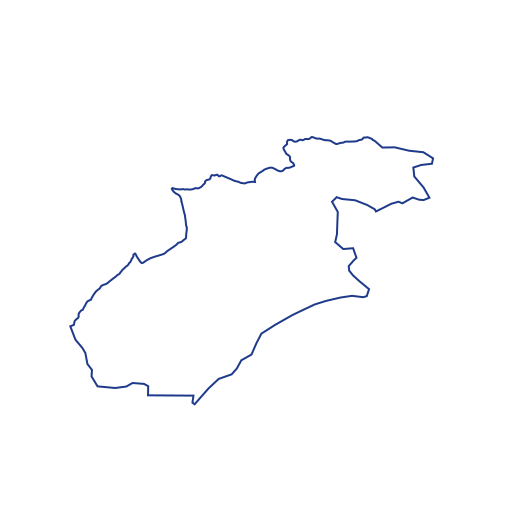 Tashir, Lori, Armenia (Robinson projection), rotated 331°
{"feature_id": "60910142B71035098533409", "entity_name": "Tashir", "entity_type": "district", "adm_level": 2, "iso_a3": "ARM", "parent_name": "Armenia", "parent_adm1": "Lori", "projection": "robinson", "projection_center": [44.248, 41.132], "detail": "fine", "context": "isolated", "style": "outline", "palette": "blue", "viewbox_px": 512, "rotation_deg": 331, "n_neighbors": 0, "source": "geoboundaries", "source_scale": "gbopen_adm2", "svg_char_len": 4402}
<svg xmlns="http://www.w3.org/2000/svg" viewBox="0 0 512 512"><g transform="rotate(331 256 256)"><path d="M415.7,213.0L415.0,211.9L414.3,210.9L414.2,210.0L414.0,209.4L413.2,208.7L412.3,207.5L411.2,206.2L410.2,205.9L408.7,205.2L407.5,204.6L405.9,205.3L404.8,205.4L404.0,205.2L402.8,204.7L401.8,204.5L400.6,204.6L399.4,204.3L397.5,203.5L393.2,201.3L390.6,199.8L389.3,199.2L387.7,199.2L386.3,198.8L385.3,198.2L383.1,197.7L381.0,197.3L379.9,196.4L379.2,195.1L378.2,193.5L377.3,191.7L376.2,190.6L375.3,189.9L374.3,189.2L373.1,188.6L372.0,187.7L371.0,186.7L369.5,185.1L368.6,184.2L367.3,183.5L366.2,182.9L365.1,181.8L364.0,180.5L363.4,179.7L363.2,179.5L362.7,179.2L362.4,179.0L362.2,178.9L361.0,179.2L359.7,179.4L358.3,179.1L356.9,178.1L355.7,177.5L354.3,177.5L352.9,177.4L352.0,176.5L351.2,175.8L350.1,175.5L348.4,175.6L347.2,175.6L345.9,175.2L344.9,174.4L344.2,173.4L343.9,172.5L343.7,172.1L342.8,171.3L341.6,170.7L340.1,170.2L339.0,170.7L338.6,171.2L338.1,171.8L337.5,173.2L335.2,173.7L333.3,174.1L332.4,174.7L332.0,175.7L332.0,176.9L332.1,179.1L332.0,181.1L332.5,182.3L333.4,183.9L333.7,185.0L333.7,186.3L332.9,187.2L332.8,187.5L332.5,188.3L332.3,189.6L332.3,189.9L332.5,190.8L333.4,192.4L333.5,193.6L333.5,195.0L333.0,195.6L332.0,195.4L330.2,195.3L328.1,195.0L326.7,194.4L325.6,193.8L324.8,193.6L323.9,193.7L322.7,193.8L321.8,194.2L320.2,194.4L318.8,194.0L318.1,193.5L317.0,192.5L316.4,191.7L315.7,190.6L314.9,189.2L314.1,188.2L313.7,187.5L313.2,187.0L312.7,186.5L311.7,185.8L311.1,185.6L308.9,185.0L305.2,184.5L303.2,184.8L298.4,185.0L297.5,185.3L295.4,186.2L292.9,187.6L291.8,188.8L291.0,190.8L288.5,189.1L286.5,188.4L284.8,187.7L283.2,187.3L281.3,187.1L280.5,186.4L278.9,185.3L277.8,184.3L276.8,182.7L275.8,181.9L273.5,179.7L272.2,177.9L271.3,176.7L266.6,170.7L265.2,168.9L264.4,168.6L262.9,168.7L262.1,168.1L261.9,167.1L261.4,166.0L260.1,165.7L258.5,165.4L257.9,164.7L256.6,163.9L255.8,164.1L254.7,164.9L253.5,166.1L252.5,166.4L250.7,166.0L249.5,165.6L248.3,165.9L247.5,166.2L247.0,167.2L246.0,167.8L244.4,168.0L243.2,168.6L241.9,168.9L240.4,169.0L239.0,169.0L237.9,168.7L236.8,167.8L235.5,167.1L234.0,167.1L232.1,166.6L230.0,165.7L228.5,164.5L225.9,163.3L224.5,162.0L223.3,161.6L221.7,160.9L218.3,158.5L217.1,157.3L215.9,156.1L214.9,156.5L214.9,157.7L215.0,158.4L215.2,159.9L216.1,162.3L217.3,164.0L218.3,166.0L218.4,168.1L218.1,170.0L217.3,172.2L217.2,172.2L217.2,172.4L216.4,175.5L215.1,179.9L214.1,183.6L213.5,186.3L212.6,188.1L212.1,189.8L209.6,195.6L209.5,197.1L207.9,199.9L205.3,203.4L204.1,205.5L203.1,206.6L201.4,206.8L199.7,207.1L198.0,207.5L197.0,207.4L195.3,207.0L194.4,206.8L193.8,206.9L192.1,207.5L190.1,207.8L187.6,208.1L186.2,208.2L184.7,208.3L182.1,208.6L180.5,208.7L178.9,209.1L177.0,209.5L175.3,209.3L170.6,208.3L167.1,207.5L163.4,206.9L163.0,206.8L160.6,206.7L157.1,206.8L156.6,206.9L154.1,207.2L152.6,206.8L152.1,205.4L151.8,203.4L151.8,202.7L151.5,199.3L151.6,195.7L151.3,195.1L149.3,195.5L148.5,197.0L147.5,197.6L145.8,198.3L144.8,199.3L143.1,200.4L141.3,200.8L140.1,201.7L139.0,202.0L136.7,202.3L135.0,202.8L132.0,203.5L130.6,204.3L129.6,204.5L128.1,205.4L125.2,205.5L124.1,205.9L122.6,206.1L120.3,206.4L117.4,206.9L116.0,207.1L113.1,207.7L111.3,207.8L108.0,207.2L106.1,207.2L104.4,208.1L103.5,208.7L102.0,208.8L99.2,209.3L95.4,211.0L92.2,212.9L90.4,214.2L88.5,214.0L86.5,214.0L84.5,215.0L82.7,216.3L80.3,217.7L78.5,219.0L76.8,218.9L74.1,219.8L73.0,220.5L72.2,221.6L71.4,223.2L70.4,223.9L68.9,224.1L66.1,224.8L65.4,225.5L64.8,226.1L63.4,227.9L60.1,227.6L59.5,227.5L57.5,241.7L59.6,252.5L59.7,258.2L56.2,268.7L57.3,276.1L53.8,281.6L54.2,293.2L68.9,303.2L79.3,307.3L86.4,307.2L96.1,313.6L98.6,317.6L94.0,325.5L133.6,347.8L129.3,353.5L130.4,355.9L150.3,348.8L163.8,345.4L177.3,347.7L184.5,345.2L192.6,340.1L204.3,340.0L214.2,332.4L223.1,326.5L239.4,325.5L259.2,325.3L272.8,326.1L283.6,326.8L295.4,329.2L309.8,333.3L320.7,337.4L329.8,344.0L333.4,344.8L338.8,339.8L334.2,328.1L331.4,319.8L330.4,313.9L332.2,309.8L339.4,307.2L343.0,306.3L344.7,296.3L335.7,292.2L332.0,282.2L337.3,276.3L341.8,268.8L348.9,257.1L348.8,245.4L355.1,243.7L358.8,247.8L369.7,255.3L377.9,265.2L382.5,272.7L382.5,275.2L399.7,275.9L406.9,277.6L409.6,280.9L421.4,280.8L425.9,285.8L429.6,288.3L435.9,289.1L435.8,277.4L434.5,270.8L433.0,263.2L436.5,254.9L444.7,256.5L454.6,260.6L458.2,256.4L452.7,246.4L440.9,238.1L430.0,228.2L419.1,222.4L415.7,213.0Z" fill="none" stroke="#1e3a8a" stroke-width="2"/></g></svg>